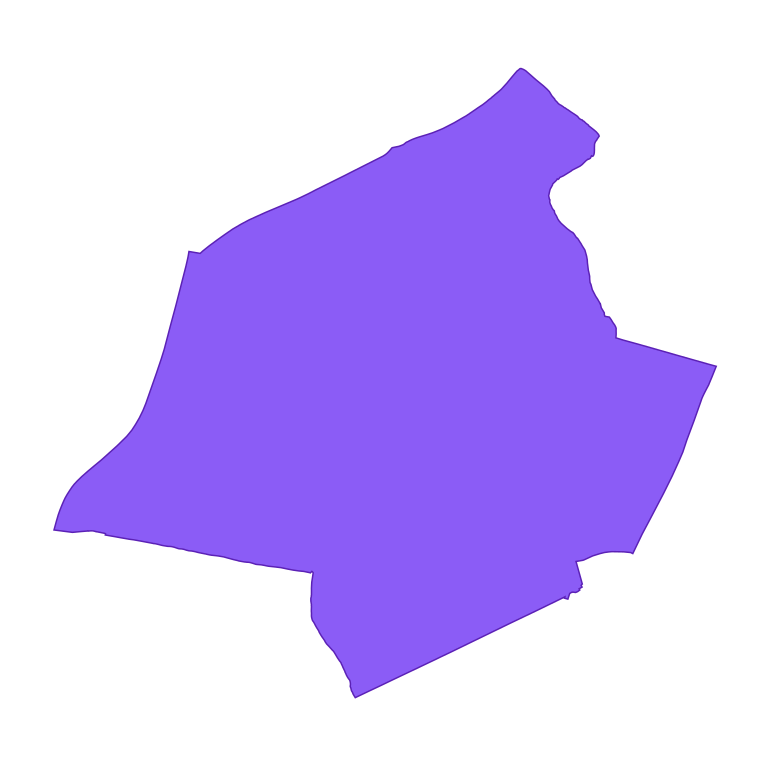 the district of Ridderkerk, Zuid-Holland, Netherlands, rotated 269°
{"feature_id": "6326949B39885659385056", "entity_name": "Ridderkerk", "entity_type": "district", "adm_level": 2, "iso_a3": "NLD", "parent_name": "Netherlands", "parent_adm1": "Zuid-Holland", "projection": "mercator", "projection_center": [4.592, 51.871], "detail": "fine", "context": "isolated", "style": "filled", "palette": "violet", "viewbox_px": 768, "rotation_deg": 269, "n_neighbors": 0, "source": "geoboundaries", "source_scale": "gbopen_adm2", "svg_char_len": 6040}
<svg xmlns="http://www.w3.org/2000/svg" viewBox="0 0 768 768"><g transform="rotate(269 384 384)"><path d="M563.4,283.0L557.8,269.0L554.1,260.4L550.4,251.9L546.2,243.7L541.6,235.5L536.2,227.4L531.0,219.8L525.3,211.8L520.2,205.2L517.8,202.5L519.9,191.3L516.6,190.7L514.1,190.2L510.4,189.3L505.5,188.1L466.2,177.3L446.8,171.7L422.6,164.9L412.9,161.7L398.6,156.6L368.6,145.5L361.6,142.5L354.2,138.7L348.1,135.0L342.3,131.1L336.1,125.8L326.8,116.0L313.0,100.1L307.1,92.7L302.0,86.4L296.8,80.3L292.4,75.6L289.3,72.6L286.5,70.3L283.2,68.0L279.3,65.4L275.8,63.3L272.8,61.8L268.6,59.9L263.6,57.8L259.1,56.1L252.4,54.0L243.8,51.5L241.1,69.9L241.7,77.7L242.2,85.2L242.3,85.2L242.3,85.4L242.3,85.6L242.1,85.7L242.3,88.2L242.3,88.7L242.3,88.9L242.3,89.0L242.2,90.6L242.0,91.3L241.6,92.9L241.5,93.0L241.3,93.7L241.4,93.8L240.0,100.1L239.7,101.5L239.4,102.5L239.1,103.0L237.9,102.7L236.9,107.8L236.1,112.0L234.8,118.5L233.2,126.8L232.6,130.9L231.2,138.0L228.9,149.1L228.4,151.2L228.4,152.1L227.5,155.7L226.7,158.5L226.3,160.2L225.4,165.2L225.4,166.2L225.3,167.4L225.1,168.9L224.7,170.5L224.4,171.6L223.0,175.5L222.8,176.5L222.6,178.9L222.3,180.5L222.0,181.6L221.3,183.5L221.0,184.7L220.7,185.8L220.5,187.4L220.4,188.6L220.1,190.2L219.6,192.4L218.8,195.2L217.7,200.1L217.1,203.0L216.8,204.0L216.1,207.0L216.1,207.3L215.9,208.0L215.6,210.4L215.2,213.6L214.9,215.6L214.7,216.6L214.1,219.8L213.9,220.8L213.0,223.8L211.1,230.3L210.0,234.6L209.7,235.4L209.3,237.3L208.5,241.4L208.4,242.7L208.3,242.8L208.2,244.0L208.1,245.5L207.9,246.7L207.8,247.1L207.1,249.4L206.3,251.7L206.2,252.0L206.0,252.5L205.8,253.6L205.4,257.5L205.3,258.3L204.7,261.3L204.1,263.9L203.8,265.5L202.9,272.7L202.5,275.4L202.2,277.7L200.7,284.2L199.5,290.0L198.6,295.5L198.0,300.6L196.7,306.3L196.4,307.1L197.9,308.6L197.7,308.9L197.2,309.4L196.4,309.9L187.0,308.3L181.0,307.9L178.9,307.9L174.3,307.8L173.5,307.6L173.0,307.6L172.6,307.6L171.4,307.2L170.5,307.1L168.2,307.1L164.7,307.6L163.7,307.5L162.8,307.6L161.0,307.5L158.9,307.4L157.5,307.4L156.2,307.5L153.2,307.4L151.6,307.6L149.6,308.1L148.8,308.4L148.4,308.6L147.8,309.1L147.0,309.6L145.3,310.5L144.0,311.1L142.9,311.7L141.6,312.4L138.3,314.4L137.4,314.7L137.1,314.8L136.5,315.1L133.7,316.7L132.1,317.7L131.1,318.4L128.4,320.2L127.4,320.6L125.7,321.7L125.1,322.1L122.4,324.6L120.3,326.4L118.9,327.6L117.6,328.9L115.1,330.4L111.2,332.6L107.8,334.8L106.7,335.7L106.3,336.0L104.9,336.5L102.6,337.6L102.1,337.7L97.3,339.9L96.7,340.0L95.2,340.7L93.7,341.3L91.9,342.2L89.8,343.5L89.0,344.2L88.6,344.4L88.0,344.7L87.2,344.9L86.1,345.1L85.2,345.2L84.0,345.2L82.7,345.0L82.0,345.0L81.7,345.1L80.7,345.5L80.3,345.6L78.8,345.9L77.9,346.1L76.2,347.1L74.3,347.8L73.6,348.2L70.9,349.8L77.1,363.4L82.6,375.6L88.2,387.8L107.7,430.7L110.0,435.6L114.8,446.2L122.3,462.3L142.5,505.8L154.7,532.5L168.0,561.1L166.7,560.7L165.7,564.1L171.0,565.9L171.3,566.0L171.9,567.0L172.5,568.1L172.5,568.3L172.4,568.4L172.6,568.9L172.6,569.4L172.4,570.6L172.3,571.5L172.2,571.9L173.0,574.0L174.6,576.2L175.8,575.5L177.5,578.5L179.2,577.6L180.0,578.1L180.5,578.8L203.2,572.9L204.2,579.4L204.5,580.6L208.5,589.7L210.7,597.2L210.9,598.1L211.7,601.6L212.2,605.9L212.4,609.0L212.0,620.7L211.2,627.6L211.1,627.8L210.1,629.8L229.6,639.6L244.6,647.9L269.9,661.7L286.9,670.5L301.4,677.4L310.7,681.6L322.7,685.8L342.0,693.4L361.0,700.5L363.8,701.5L366.0,702.5L368.8,703.9L372.9,706.1L377.6,708.7L378.9,709.2L384.8,711.8L395.9,716.5L398.5,707.6L407.7,677.2L419.4,638.7L422.4,628.5L423.8,623.7L426.1,616.7L429.8,617.0L433.5,617.0L435.4,617.1L436.3,616.9L437.1,616.6L439.1,615.6L441.2,614.1L444.5,612.2L445.5,611.5L446.8,610.6L447.0,610.4L447.8,606.1L449.5,605.5L451.3,605.5L455.0,603.4L456.3,602.6L460.5,601.7L460.5,601.4L461.0,601.3L465.2,599.0L467.4,597.6L468.2,597.1L474.7,593.9L480.1,592.6L481.8,591.8L485.3,591.5L488.2,591.5L492.3,590.7L494.1,590.3L501.7,589.5L504.5,589.4L508.3,588.8L514.4,587.2L519.7,584.0L520.1,583.9L526.1,580.2L526.5,579.6L526.9,579.4L527.0,579.0L529.0,577.7L530.7,576.7L530.8,576.5L532.1,575.5L532.1,575.1L532.7,574.5L532.8,574.4L532.9,574.1L532.9,573.9L536.0,569.9L541.6,563.9L544.5,561.5L544.9,561.4L545.6,560.8L548.9,559.4L551.4,557.9L552.9,557.4L553.9,557.4L554.6,557.0L554.9,556.5L557.1,555.1L559.0,554.4L560.8,553.5L562.8,552.9L565.3,553.1L565.8,552.8L565.9,552.6L567.6,552.3L569.4,551.9L570.4,552.2L572.7,552.7L575.4,553.4L576.1,553.7L580.1,556.0L580.9,556.1L581.2,556.3L584.0,559.3L585.0,560.3L586.0,560.8L585.6,561.7L586.4,562.7L587.4,563.3L589.0,567.0L593.7,574.9L594.6,576.0L598.4,583.8L600.0,586.0L603.5,589.6L605.3,592.0L605.1,592.5L606.1,594.2L606.5,594.5L608.5,595.4L608.0,596.2L608.1,596.4L608.4,597.2L609.8,597.9L611.5,598.3L614.4,598.5L616.2,598.5L620.2,598.7L621.1,599.0L622.7,599.7L624.4,601.1L624.8,601.2L628.1,603.5L629.3,603.0L629.8,602.8L632.3,600.7L634.3,598.5L638.6,593.2L639.3,592.9L639.9,592.2L640.9,590.8L642.1,589.6L643.2,588.5L643.4,588.2L643.6,587.5L644.4,587.0L644.7,586.5L644.7,586.1L645.4,584.8L645.6,584.6L645.9,584.0L648.2,582.2L648.9,581.3L652.6,575.9L655.1,572.5L655.5,571.7L656.9,569.9L657.2,569.0L658.0,568.2L658.8,567.0L659.3,566.4L660.1,564.9L660.9,563.8L661.1,563.4L663.0,561.9L664.8,560.1L665.8,559.7L666.1,559.5L669.2,556.9L673.5,554.4L676.0,552.1L679.4,548.5L681.1,546.5L685.5,541.3L689.7,536.7L694.7,531.2L695.7,529.6L696.2,528.7L697.1,526.4L696.9,525.9L696.9,525.4L696.5,524.9L695.7,524.1L694.9,522.8L694.4,522.3L693.1,521.1L688.3,516.9L683.7,513.0L682.4,511.9L681.7,511.2L676.8,506.6L675.8,505.5L674.4,503.8L671.3,499.9L670.1,498.5L668.9,496.9L668.4,496.5L666.2,493.5L664.6,491.6L661.6,487.6L659.9,484.9L658.5,482.7L656.8,480.2L650.6,470.7L649.2,468.1L644.4,459.5L644.1,459.0L640.6,451.9L638.4,447.4L636.9,443.7L635.4,439.8L634.3,436.9L633.3,433.6L632.7,431.7L630.3,423.2L629.4,420.3L628.1,416.7L626.5,413.1L626.2,412.8L625.4,410.7L624.8,409.8L624.0,408.9L623.0,407.5L622.3,405.7L621.4,403.1L620.1,396.2L616.8,393.3L614.9,391.4L613.4,389.5L611.9,387.1L596.1,354.4L593.3,348.7L579.2,319.0L575.7,312.0L571.8,303.5L570.1,299.6L563.4,283.0Z" fill="#8b5cf6" stroke="#5b21b6" stroke-width="1.5"/></g></svg>